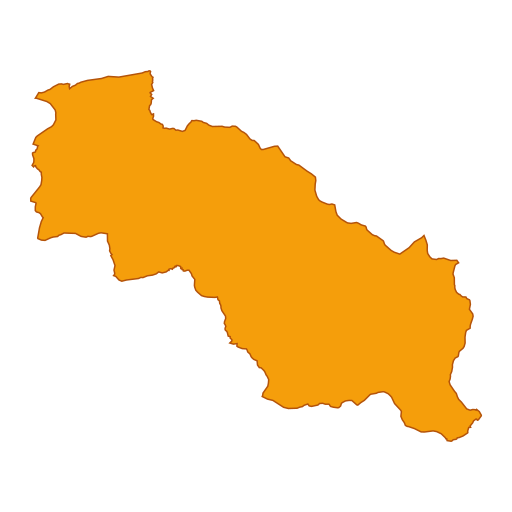 the district of Valea Viilor, Sibiu, Romania
{"feature_id": "2599482B28979947383281", "entity_name": "Valea Viilor", "entity_type": "district", "adm_level": 2, "iso_a3": "ROU", "parent_name": "Romania", "parent_adm1": "Sibiu", "projection": "orthographic", "projection_center": [24.308, 46.067], "detail": "fine", "context": "isolated", "style": "filled", "palette": "amber", "viewbox_px": 512, "rotation_deg": 0, "n_neighbors": 0, "source": "geoboundaries", "source_scale": "gbopen_adm2", "svg_char_len": 5976}
<svg xmlns="http://www.w3.org/2000/svg" viewBox="0 0 512 512"><path d="M479.3,411.6L476.6,409.4L476.1,410.2L475.3,409.7L472.8,409.5L470.1,410.2L466.7,408.9L461.4,402.1L458.7,399.4L457.4,396.8L456.3,393.4L454.5,391.3L450.1,384.8L449.1,381.6L450.1,379.0L450.5,376.1L450.3,374.8L451.7,371.6L452.5,367.2L452.4,364.7L453.5,360.6L455.2,358.0L457.8,356.7L458.3,356.0L458.9,352.3L459.5,351.2L462.9,348.4L464.1,346.6L465.1,343.0L465.0,337.1L465.7,332.4L466.4,330.4L470.1,328.2L470.2,325.8L470.6,324.1L472.4,319.0L473.1,316.2L472.7,313.9L469.4,309.3L470.4,304.3L469.9,300.6L469.4,299.8L466.8,298.6L465.9,297.0L462.6,296.9L461.2,295.9L459.8,294.4L458.9,294.3L456.6,292.4L455.3,289.7L454.8,287.9L454.8,285.5L454.4,284.7L454.3,277.7L453.0,274.1L453.2,272.6L455.0,265.6L455.8,264.4L458.6,262.8L456.8,260.3L450.7,260.5L443.7,258.1L440.9,258.6L438.7,258.5L436.6,259.5L432.0,258.9L429.8,256.8L427.7,253.5L427.2,250.4L427.3,244.9L425.9,240.3L424.0,235.5L421.7,237.7L414.4,241.9L409.1,247.7L399.8,254.1L394.2,252.2L391.1,250.4L385.2,245.2L384.5,244.1L383.5,241.2L383.1,240.7L376.5,236.0L374.6,235.7L372.2,234.6L367.5,230.4L366.7,229.5L366.1,227.1L365.4,226.1L361.3,224.9L358.4,223.2L356.5,222.5L351.1,223.4L347.5,222.9L346.4,222.3L341.1,219.1L337.2,215.2L335.9,211.6L334.7,204.9L331.9,204.0L329.5,204.5L327.5,204.2L322.2,202.1L320.1,201.0L318.6,199.7L316.7,196.3L314.9,190.1L315.2,184.2L315.8,180.6L315.4,177.1L311.3,173.8L307.0,171.1L298.9,165.1L296.4,164.5L291.5,161.3L290.7,160.8L288.7,158.0L285.0,156.8L277.7,146.1L274.4,146.3L263.2,149.5L261.4,149.5L260.2,148.3L258.4,144.4L255.3,141.5L254.1,140.5L252.1,140.4L249.9,138.9L246.5,134.4L243.8,132.4L241.5,131.3L236.9,127.1L235.5,126.3L232.2,126.1L230.0,127.3L229.1,127.3L224.8,127.1L222.1,126.3L212.4,126.5L208.8,125.1L206.7,123.4L203.2,122.4L201.8,121.3L196.3,120.3L194.0,120.7L191.8,120.6L190.7,122.4L189.5,123.3L187.4,125.8L185.1,130.4L182.4,131.4L177.8,130.0L175.9,130.2L173.9,128.5L172.5,128.4L169.6,129.1L166.1,128.1L164.6,128.3L163.0,127.9L163.2,126.1L162.4,124.4L160.9,124.0L158.9,122.5L156.5,121.7L153.0,119.5L152.8,118.4L153.6,116.0L153.4,114.7L153.6,114.0L153.3,113.8L152.1,114.7L151.6,114.6L150.3,112.1L149.8,110.4L148.9,109.5L149.6,105.6L150.7,104.6L151.2,103.1L151.5,99.7L153.2,98.3L150.5,96.5L151.7,94.4L150.1,92.9L150.1,92.5L153.6,90.6L152.5,88.1L151.6,84.4L152.8,82.5L152.4,81.2L152.8,80.0L152.5,78.9L153.0,77.3L152.0,76.7L150.3,74.1L150.1,73.1L150.6,71.6L150.2,71.0L149.1,70.8L147.8,71.5L145.3,71.7L142.2,73.0L118.9,77.1L108.2,76.4L101.5,78.5L87.5,80.4L80.9,82.2L79.2,83.1L77.4,83.5L75.4,85.2L72.4,86.4L69.6,88.7L69.1,86.1L69.7,84.8L69.6,84.1L69.0,84.2L67.6,83.5L63.4,84.4L61.5,83.9L58.7,84.1L53.4,86.8L49.9,89.5L48.1,90.0L44.4,92.1L41.3,92.9L38.8,92.6L35.4,98.2L36.3,98.2L46.8,101.5L50.3,103.6L55.2,110.0L55.9,113.0L55.7,114.0L55.9,119.9L53.4,124.8L51.5,126.7L47.6,128.8L37.2,136.0L35.8,137.4L33.1,144.1L38.1,145.8L37.5,146.5L37.4,148.0L36.7,149.5L35.7,150.2L35.5,151.7L35.1,152.1L33.1,152.6L32.5,153.1L32.6,154.9L33.9,158.6L33.9,161.1L33.7,162.5L32.1,165.4L33.6,166.9L34.3,165.9L35.5,165.6L35.8,166.8L37.5,168.9L38.7,169.6L40.3,171.7L41.3,172.2L41.3,174.3L41.9,177.5L41.7,180.6L41.0,184.7L39.7,186.8L31.0,197.6L30.7,198.6L30.8,201.1L35.3,202.5L36.1,203.1L35.3,206.8L35.3,210.6L36.4,211.9L39.1,212.7L40.5,213.7L42.4,216.9L43.2,217.6L41.3,221.6L39.5,227.8L37.7,238.0L37.9,238.6L41.4,240.1L45.0,240.4L50.9,237.7L53.4,237.0L57.6,236.5L59.0,235.2L60.8,234.7L64.0,233.0L75.5,233.4L81.1,236.4L85.4,237.1L86.4,237.1L87.9,236.3L90.6,236.6L91.8,236.3L98.4,233.3L99.8,233.0L101.2,232.8L107.4,233.8L107.5,241.1L109.3,245.1L109.9,248.7L109.6,250.8L110.8,253.2L112.0,254.6L110.8,255.6L113.0,259.6L115.0,265.6L114.0,270.1L114.7,273.2L114.6,274.3L113.6,275.6L115.8,276.4L119.0,280.0L121.8,281.2L126.5,280.0L138.5,278.5L140.9,277.4L142.9,277.6L147.4,275.8L152.5,275.1L156.3,273.8L158.7,271.9L162.2,272.9L166.2,271.9L168.1,270.4L169.0,270.4L168.8,269.4L170.0,268.8L170.9,268.7L172.4,269.2L172.5,268.4L174.1,267.8L174.8,266.4L175.6,266.1L175.0,267.0L176.2,266.7L176.7,265.5L178.6,265.7L180.6,266.5L180.7,268.3L180.9,268.6L181.9,268.2L182.0,269.5L183.1,269.7L183.2,270.8L183.5,271.0L184.9,271.1L187.3,270.2L189.0,270.2L191.4,273.7L192.1,276.0L194.8,279.4L194.4,285.4L194.7,287.1L195.8,290.2L197.6,292.2L201.5,295.6L204.3,296.5L207.7,297.1L214.9,297.4L217.4,297.0L218.0,299.7L219.4,300.8L219.8,303.7L220.4,304.3L220.9,306.0L221.0,308.0L221.9,310.7L225.5,316.1L225.7,318.5L224.5,321.7L224.3,323.5L225.2,324.7L225.8,326.4L225.1,328.2L225.1,329.4L225.4,330.2L226.6,331.2L227.3,332.3L228.2,336.1L230.2,336.6L230.2,338.1L231.8,339.6L231.9,340.9L229.8,343.0L233.4,344.1L237.1,343.6L236.9,346.2L238.0,347.0L242.2,348.6L246.4,348.9L247.2,350.2L247.7,351.9L250.0,354.0L251.2,356.8L252.4,358.2L253.8,359.4L257.1,360.8L257.5,365.0L259.3,367.6L261.1,367.8L264.0,370.6L265.0,372.2L266.1,374.9L267.1,376.2L268.5,379.1L268.7,379.7L268.4,383.2L267.8,386.2L263.0,393.1L262.7,395.3L262.2,396.5L267.5,399.1L272.9,400.4L283.6,407.3L288.4,408.5L297.2,408.2L299.6,407.2L302.4,406.6L304.1,405.3L307.8,404.0L309.2,405.9L311.5,406.4L317.6,405.1L318.4,404.7L319.5,403.5L322.7,403.3L325.3,404.2L328.7,404.2L329.2,404.4L330.5,406.4L333.3,407.2L337.7,407.8L338.8,407.6L340.6,406.0L341.4,403.4L342.3,402.6L345.5,400.9L349.1,400.4L351.9,400.5L356.8,404.9L357.8,405.1L360.8,402.6L364.4,400.3L370.0,394.7L370.8,394.2L376.2,393.3L378.1,392.4L383.0,391.7L384.2,391.8L388.2,393.7L390.3,395.7L391.6,397.2L394.6,403.6L400.8,410.3L401.4,411.6L400.9,416.3L402.3,419.7L404.3,422.6L405.4,425.4L407.2,426.4L408.6,426.6L414.5,428.6L421.1,431.9L424.4,432.0L433.1,430.9L436.7,431.6L441.3,433.8L445.2,437.6L446.0,438.9L446.7,438.8L447.1,440.6L450.9,441.2L451.7,441.1L453.3,439.7L456.1,439.3L456.9,438.7L457.3,437.8L459.0,437.6L463.0,436.0L467.5,433.0L467.8,432.7L467.7,431.0L468.7,427.5L470.6,427.3L470.1,426.0L472.7,422.8L473.6,420.8L476.1,419.0L476.7,419.2L477.3,420.2L477.8,420.2L478.6,419.5L481.3,415.8L481.3,415.2L479.3,411.6Z" fill="#f59e0b" stroke="#b45309" stroke-width="1.5"/></svg>